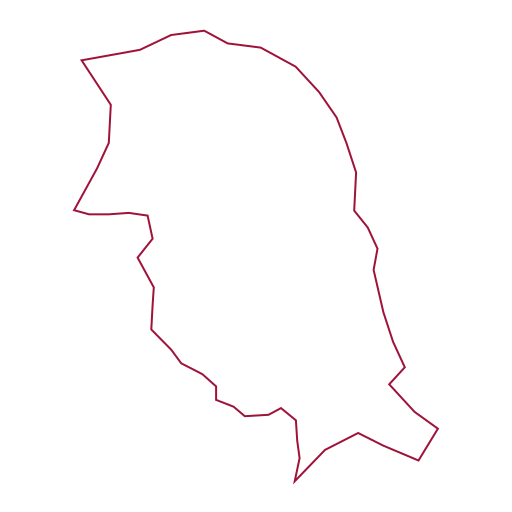 Agia Marina Skyllouras, Cyprus
{"feature_id": "46923920B60275250769381", "entity_name": "Agia Marina Skyllouras", "entity_type": "district", "adm_level": 2, "iso_a3": "CYP", "parent_name": "Cyprus", "parent_adm1": "", "projection": "equal_earth", "projection_center": [33.126, 35.224], "detail": "fine", "context": "isolated", "style": "outline", "palette": "rose", "viewbox_px": 512, "rotation_deg": 0, "n_neighbors": 0, "source": "geoboundaries", "source_scale": "gbopen_adm2", "svg_char_len": 751}
<svg xmlns="http://www.w3.org/2000/svg" viewBox="0 0 512 512"><path d="M137.6,257.6L153.8,287.4L152.6,305.1L151.3,329.5L171.3,349.8L181.2,363.3L202.4,374.2L216.1,386.4L216.1,399.9L233.6,406.7L244.8,416.2L268.5,414.8L281.0,408.1L295.9,420.3L297.2,440.6L299.6,458.2L294.7,481.3L325.0,449.9L358.1,433.0L383.4,445.7L418.5,460.5L428.0,444.9L437.9,428.7L414.5,411.8L389.2,384.3L404.8,367.3L393.1,341.9L383.4,312.3L373.6,269.9L377.5,248.7L367.8,227.6L354.2,210.6L356.1,172.5L346.4,142.9L336.6,117.5L319.1,92.1L295.7,66.7L260.7,47.6L227.6,43.4L204.2,30.7L171.1,35.0L140.0,49.8L81.6,60.3L110.8,104.8L108.8,142.9L97.1,168.3L74.1,210.2L89.0,214.3L109.0,214.3L128.9,212.9L147.6,215.6L152.6,238.7L137.6,257.6Z" fill="none" stroke="#9f1239" stroke-width="2"/></svg>